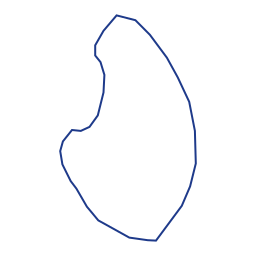 Lamotrek, Federated States of Micronesia (Albers equal-area conic projection)
{"feature_id": "79324940B52587082205524", "entity_name": "Lamotrek", "entity_type": "district", "adm_level": 2, "iso_a3": "FSM", "parent_name": "Federated States of Micronesia", "parent_adm1": "", "projection": "albers", "projection_center": [146.379, 7.457], "detail": "fine", "context": "isolated", "style": "outline", "palette": "blue", "viewbox_px": 256, "rotation_deg": 0, "n_neighbors": 0, "source": "geoboundaries", "source_scale": "gbopen_adm2", "svg_char_len": 473}
<svg xmlns="http://www.w3.org/2000/svg" viewBox="0 0 256 256"><path d="M95.2,45.3L95.2,55.5L100.5,62.1L104.4,74.9L103.5,92.5L97.8,115.4L89.5,126.9L80.8,130.9L72.0,130.0L62.9,141.4L60.2,151.1L62.4,164.4L70.7,181.1L76.4,188.6L86.9,206.7L98.3,220.4L129.3,237.6L147.7,240.2L156.0,240.6L181.8,205.8L190.1,186.4L195.8,163.5L194.9,130.9L189.2,101.8L177.8,77.5L166.9,57.7L149.9,34.8L135.4,20.2L116.6,15.4L103.5,30.8L95.2,45.3Z" fill="none" stroke="#1e3a8a" stroke-width="2"/></svg>